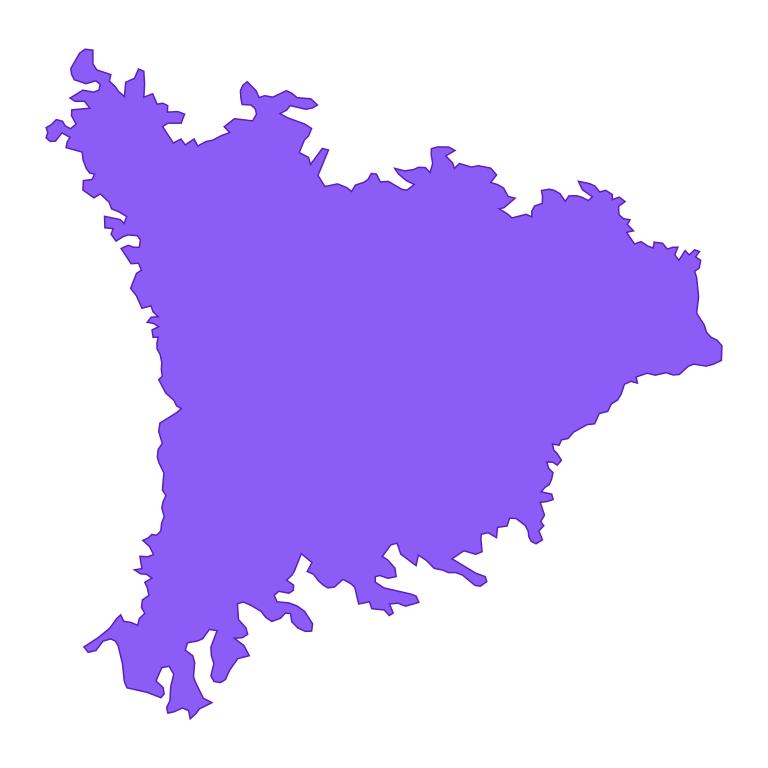 outline of Palmital, Paraná, Brazil
{"feature_id": "56859067B70868107973132", "entity_name": "Palmital", "entity_type": "district", "adm_level": 2, "iso_a3": "BRA", "parent_name": "Brazil", "parent_adm1": "Paraná", "projection": "albers", "projection_center": [-52.284, -24.889], "detail": "fine", "context": "isolated", "style": "filled", "palette": "violet", "viewbox_px": 768, "rotation_deg": 0, "n_neighbors": 0, "source": "geoboundaries", "source_scale": "gbopen_adm2", "svg_char_len": 6046}
<svg xmlns="http://www.w3.org/2000/svg" viewBox="0 0 768 768"><path d="M543.8,525.8L540.7,521.6L544.5,515.1L540.2,502.3L546.6,501.6L553.2,499.5L551.7,494.1L541.2,491.9L544.8,487.6L549.2,484.6L551.5,479.4L553.0,472.9L548.6,468.1L546.8,462.1L552.5,462.1L557.3,465.1L561.4,460.3L557.4,453.8L553.8,450.1L552.5,444.1L559.2,445.2L561.4,439.9L568.1,438.5L573.5,432.2L586.9,424.7L594.6,423.8L599.2,413.6L607.7,411.4L611.3,404.0L617.7,399.9L621.2,394.1L624.4,384.3L630.8,381.4L637.4,383.1L636.1,377.0L647.2,373.2L655.2,375.2L666.2,372.7L673.1,375.0L679.2,374.5L688.3,366.3L693.7,364.1L706.2,366.1L713.1,364.3L721.4,360.4L721.9,345.7L717.0,340.1L711.3,337.4L706.5,332.4L704.3,325.1L696.6,313.1L698.6,296.8L696.6,277.3L694.6,271.3L699.2,268.1L700.7,260.3L695.6,256.9L699.5,251.5L694.6,249.8L689.2,254.9L685.1,250.6L678.9,260.3L674.8,254.9L677.9,247.2L672.6,247.3L667.4,249.1L662.5,243.2L654.1,242.1L653.3,248.0L647.7,246.0L641.0,241.6L634.6,244.0L626.6,232.4L633.5,230.8L627.4,224.5L630.0,219.8L623.4,218.6L619.0,214.7L618.5,206.4L625.1,201.6L619.3,197.1L612.3,199.7L612.3,194.5L605.6,190.3L599.7,192.0L594.9,186.0L589.2,183.5L578.4,181.3L582.5,189.8L592.3,196.8L588.4,200.5L582.3,197.4L576.4,195.7L568.9,195.9L565.3,201.3L560.0,193.7L554.1,190.3L549.2,189.2L541.5,190.5L542.5,195.9L542.3,203.3L534.6,206.0L531.7,211.4L531.8,216.8L526.1,214.3L512.0,217.9L507.1,213.7L499.1,208.8L504.0,207.7L515.1,198.2L508.1,196.4L503.5,187.9L497.3,184.5L490.7,182.5L496.6,174.9L490.7,168.1L478.3,165.7L471.4,167.1L459.4,163.5L454.5,168.4L452.5,162.8L445.8,155.9L455.0,150.5L448.9,147.1L437.8,146.9L431.4,148.7L431.2,154.8L432.7,163.3L430.1,172.6L425.3,167.6L418.6,167.3L413.7,169.5L404.9,170.9L394.7,168.4L398.6,174.1L406.3,180.6L414.2,184.5L406.8,190.2L401.9,189.3L388.3,181.4L380.3,181.9L376.4,174.1L371.3,173.5L368.0,179.4L364.1,182.2L355.4,185.1L351.6,191.5L346.7,187.6L337.5,183.9L324.9,186.5L318.0,175.4L328.5,150.0L322.3,148.5L310.5,164.4L308.5,157.3L299.2,152.6L304.4,140.0L308.4,136.1L311.6,128.5L304.6,124.0L286.9,117.5L280.0,113.6L286.6,110.2L290.2,105.6L305.9,109.3L312.5,107.9L317.5,105.0L310.8,98.8L297.2,97.7L291.5,93.1L286.4,90.7L272.9,97.1L264.5,95.7L259.1,97.6L256.2,90.9L247.3,81.7L242.9,85.2L240.4,90.7L240.9,98.3L242.1,104.5L250.9,105.0L255.2,108.7L256.5,114.1L252.6,120.9L234.5,118.7L224.2,126.8L229.8,132.5L221.4,135.6L212.7,140.2L205.9,141.6L197.8,146.0L194.1,139.0L185.2,144.9L181.0,139.0L173.3,143.0L162.6,126.6L168.0,123.2L181.1,123.2L184.6,114.1L177.8,111.6L167.4,112.1L167.7,105.6L162.6,103.2L157.2,104.2L152.6,93.8L143.8,97.2L144.6,84.7L143.8,71.3L138.5,69.0L134.6,78.2L125.7,82.3L124.4,96.6L118.4,91.3L115.3,86.7L109.4,81.1L110.8,74.6L96.8,69.9L92.9,63.9L92.9,50.1L85.0,49.2L79.6,53.2L70.8,68.5L71.6,74.4L74.4,79.8L86.2,83.7L95.7,80.8L100.2,84.3L98.9,90.2L93.5,92.1L82.8,90.2L70.0,98.1L75.1,101.3L84.5,101.3L89.9,108.2L71.8,109.8L71.5,115.6L76.1,124.1L70.5,128.7L65.3,125.9L62.5,121.3L56.3,119.6L50.9,125.0L46.1,127.6L47.8,132.4L46.1,137.8L50.2,141.4L55.5,141.1L62.0,132.9L69.9,137.4L67.1,142.2L66.1,147.6L82.2,152.1L83.0,159.7L86.3,168.5L89.7,173.0L94.6,174.2L92.0,179.5L83.3,180.6L82.9,190.0L93.9,197.9L100.3,193.9L109.1,202.2L111.6,208.9L119.3,212.0L126.7,216.6L124.0,223.5L120.4,219.6L104.5,216.3L104.9,227.8L113.2,228.7L111.1,234.1L116.0,241.1L122.9,236.8L128.1,234.9L137.3,235.7L140.4,240.0L139.3,247.3L134.0,247.3L128.3,245.3L121.1,248.5L131.1,263.7L138.5,263.2L141.4,270.2L136.5,273.4L130.6,288.4L136.4,295.7L142.0,308.3L151.0,305.9L153.0,311.8L158.2,316.8L151.3,317.1L147.2,322.3L153.5,323.4L158.7,326.7L152.0,329.9L153.1,337.3L158.2,337.3L156.9,343.1L157.1,349.1L160.2,354.7L161.8,362.7L161.3,369.4L162.3,376.3L158.7,379.6L165.8,393.1L174.1,400.5L176.6,405.9L181.3,408.6L176.6,412.7L159.9,423.1L158.7,431.6L162.3,443.5L158.2,449.4L157.3,457.0L158.8,462.4L163.9,472.9L162.4,490.2L166.0,495.4L163.1,501.7L161.8,507.9L164.2,516.5L161.6,523.2L160.8,530.9L156.5,535.3L151.9,534.4L148.2,538.0L142.8,540.4L149.5,546.5L153.6,554.6L147.4,556.8L139.9,556.3L141.9,568.7L134.5,569.8L140.4,573.8L146.5,574.3L151.9,578.1L144.8,582.3L147.3,587.7L148.9,595.4L142.4,599.9L141.5,607.5L144.8,613.4L139.4,618.5L137.6,625.2L131.1,622.5L123.8,621.3L120.7,614.9L116.7,618.5L109.9,628.1L98.4,637.5L83.9,646.9L88.2,652.3L95.9,650.5L103.0,641.1L110.8,638.9L115.4,641.1L118.2,645.9L122.5,663.8L124.3,681.3L126.9,687.8L146.9,692.3L160.9,697.7L164.2,693.9L163.2,687.7L156.0,680.9L161.7,667.7L169.1,666.3L173.7,674.2L170.7,686.7L169.9,700.8L166.6,707.6L167.9,713.2L174.0,711.8L182.5,708.0L188.6,710.7L190.2,718.8L195.8,713.7L199.4,708.9L211.9,702.7L203.2,698.1L195.0,681.2L193.5,676.4L194.7,662.5L192.7,655.7L185.3,650.2L187.5,642.8L197.5,641.0L202.6,638.8L209.3,629.5L217.1,630.6L210.9,647.2L211.4,655.8L213.9,663.7L210.9,675.8L214.0,681.5L220.4,682.6L225.5,679.5L229.6,670.2L237.8,658.6L249.3,655.7L243.9,645.5L234.4,638.3L242.4,637.7L247.7,634.3L245.9,627.8L238.5,619.5L237.4,603.7L243.4,602.0L251.6,605.7L261.1,611.4L265.7,617.3L271.8,621.5L280.6,618.2L285.4,613.0L290.5,613.6L291.8,621.8L297.9,628.0L305.4,631.4L311.6,631.1L312.6,623.8L304.6,611.4L297.2,606.0L288.9,602.9L277.0,601.8L274.2,595.3L278.8,591.3L288.9,593.2L293.3,590.4L293.6,585.1L286.6,580.2L292.0,575.1L294.6,570.6L301.3,553.7L312.0,562.5L307.2,571.5L313.6,574.3L318.5,580.9L323.6,585.4L328.0,587.9L334.4,587.0L343.0,579.4L351.2,583.9L354.8,587.4L358.7,604.0L369.5,601.8L371.8,608.7L384.3,610.0L389.2,615.6L393.2,613.0L389.5,604.0L398.1,603.2L405.5,606.2L418.9,602.4L416.1,596.1L410.9,594.1L384.0,587.9L375.3,582.2L375.3,576.6L379.9,575.5L387.9,578.3L396.2,576.6L394.9,568.1L387.6,559.8L382.3,556.5L390.8,544.9L397.1,543.2L400.8,554.2L416.1,565.6L418.4,555.1L426.5,560.5L434.2,568.4L442.7,570.1L448.4,572.6L455.8,572.6L462.4,575.0L475.0,585.4L480.4,586.2L486.8,581.7L485.2,576.6L475.8,573.2L452.0,558.8L463.8,550.8L475.8,554.3L482.1,551.7L480.9,539.4L481.2,534.2L488.3,532.8L496.5,537.6L497.5,527.4L507.0,526.0L509.6,518.2L516.1,518.5L525.3,525.5L528.3,531.5L528.8,536.8L531.2,541.3L536.0,543.8L542.4,539.9L538.9,530.8L543.8,525.8Z" fill="#8b5cf6" stroke="#5b21b6" stroke-width="1.5"/></svg>